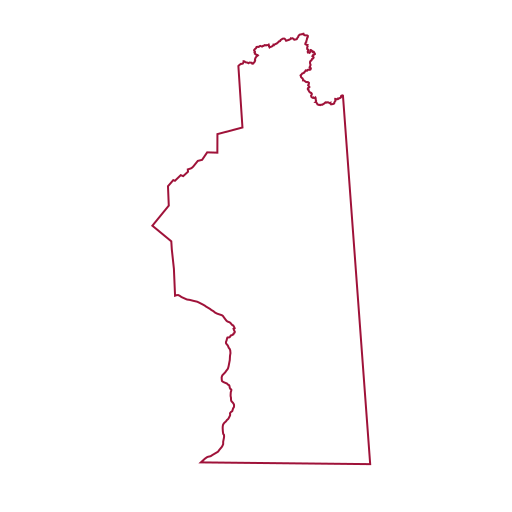 the district of Cushamen, Chubut, Argentina, rotated 85°
{"feature_id": "61730980B86195124517763", "entity_name": "Cushamen", "entity_type": "district", "adm_level": 2, "iso_a3": "ARG", "parent_name": "Argentina", "parent_adm1": "Chubut", "projection": "orthographic", "projection_center": [-71.733, -42.473], "detail": "fine", "context": "isolated", "style": "outline", "palette": "rose", "viewbox_px": 512, "rotation_deg": 85, "n_neighbors": 0, "source": "geoboundaries", "source_scale": "gbopen_adm2", "svg_char_len": 5877}
<svg xmlns="http://www.w3.org/2000/svg" viewBox="0 0 512 512"><g transform="rotate(85 256 256)"><path d="M103.8,155.4L103.5,156.0L103.8,157.0L104.2,157.4L104.3,157.4L104.8,157.1L105.6,157.8L105.8,158.1L105.8,158.6L106.2,159.3L106.2,160.4L106.7,160.4L106.9,160.7L106.9,162.1L106.5,162.7L106.4,163.3L106.6,163.3L106.7,163.0L106.9,163.4L107.2,163.4L108.3,163.3L109.0,164.0L110.1,164.7L110.8,164.8L111.1,165.3L111.4,166.4L111.3,167.3L111.5,167.8L111.5,168.0L110.7,168.5L110.5,168.8L109.9,168.6L110.1,169.3L109.9,169.7L109.2,170.7L109.1,171.2L109.2,171.7L109.4,172.1L108.9,172.9L109.0,173.4L109.4,173.6L109.5,174.1L110.1,174.8L110.2,175.1L110.7,175.9L110.7,176.4L111.1,176.8L111.1,177.2L111.0,177.6L110.9,178.0L111.3,178.7L111.2,179.3L110.9,179.7L111.0,180.2L110.7,180.6L110.4,181.5L109.0,182.1L108.3,182.5L108.0,182.7L107.9,183.1L107.7,182.8L107.4,182.7L106.8,182.9L106.3,182.6L105.5,182.9L103.9,182.8L103.3,183.0L103.6,183.4L103.5,183.8L103.7,184.4L103.6,184.7L103.2,184.9L103.4,185.2L103.4,185.7L102.9,186.3L102.7,186.7L102.6,186.8L101.2,187.2L100.2,186.5L99.7,186.3L99.1,186.3L98.3,186.8L98.2,187.5L97.5,188.0L97.0,188.6L96.1,189.0L95.0,189.2L94.8,189.7L94.2,189.9L93.7,189.8L93.1,189.4L93.0,188.8L92.5,188.1L92.0,188.1L90.5,189.2L89.9,188.9L89.6,188.5L89.0,188.5L88.6,188.2L88.0,188.2L87.8,188.6L87.3,189.0L87.1,190.0L87.2,190.3L87.1,190.9L85.1,193.2L85.1,193.8L84.7,193.7L83.5,194.0L83.1,194.2L82.9,194.5L82.0,195.3L81.5,195.6L80.6,195.6L80.0,195.9L79.7,195.7L79.6,195.3L78.2,194.0L78.0,193.1L77.7,192.6L77.6,192.0L76.8,191.6L76.5,191.0L76.3,190.8L75.6,190.5L75.4,190.3L75.5,190.0L75.9,189.1L75.8,188.8L75.1,188.4L75.0,188.0L75.0,187.2L75.2,186.7L75.1,185.7L74.9,185.4L73.8,185.0L73.4,185.7L73.0,186.2L72.7,186.2L72.5,185.9L72.3,185.7L71.8,185.7L70.5,185.0L70.1,185.0L69.4,185.3L68.8,185.3L68.3,185.4L67.5,185.2L67.2,185.2L66.2,184.5L66.2,184.0L65.7,183.5L64.5,182.9L64.3,182.1L63.7,181.5L63.4,181.3L62.8,181.4L62.5,181.6L61.9,182.4L61.1,182.0L60.7,181.5L60.6,180.7L60.4,180.5L60.0,179.7L59.5,179.7L58.7,180.2L57.8,180.5L57.7,180.6L58.2,181.0L58.2,181.3L57.7,181.9L57.5,182.1L56.7,182.1L56.2,182.7L55.8,183.0L55.6,183.6L58.0,184.6L58.3,185.0L57.8,185.8L57.8,186.6L57.0,186.7L56.4,186.5L55.7,186.0L55.4,185.9L55.0,186.0L54.2,187.0L52.5,186.8L51.7,186.3L51.3,186.4L50.5,186.8L50.2,186.5L49.8,187.6L49.3,188.4L48.9,188.4L48.1,188.1L47.4,187.6L47.1,187.2L46.5,187.2L44.6,186.4L43.4,186.2L43.1,185.7L42.5,185.4L41.4,185.1L41.1,185.3L40.7,185.9L40.7,186.3L40.6,186.6L40.6,187.0L40.5,187.3L40.5,187.5L40.4,188.1L40.1,188.7L39.7,189.0L38.7,189.3L38.7,189.7L39.1,190.3L39.1,190.7L39.0,191.2L39.2,191.9L39.2,192.6L39.3,193.2L40.1,194.2L40.6,194.6L41.5,194.9L41.9,195.4L42.8,196.1L43.2,196.2L43.6,196.7L43.8,197.9L43.6,198.8L43.8,199.1L42.6,200.1L42.5,200.4L42.2,200.9L42.5,201.9L42.3,202.2L42.6,202.3L43.4,203.8L43.3,204.1L43.7,204.8L43.8,205.8L44.1,206.5L44.2,207.3L43.0,207.8L42.0,208.6L41.9,208.8L41.8,209.7L41.8,209.8L41.8,210.3L42.1,211.0L42.8,212.2L42.9,212.6L44.0,213.3L44.2,214.1L44.2,214.5L44.4,214.8L44.8,215.0L45.3,215.6L45.6,216.2L46.3,217.0L46.4,218.0L47.2,219.4L47.5,219.7L47.1,220.2L47.6,220.4L47.9,220.9L48.4,221.4L48.9,222.8L49.1,223.8L49.4,224.3L48.7,224.5L48.4,224.8L47.5,224.7L46.7,224.9L46.9,225.1L47.0,225.6L46.8,226.8L47.1,227.5L47.0,228.1L46.7,228.5L46.6,228.9L46.9,229.5L47.4,230.1L47.3,230.8L47.9,231.7L47.1,233.4L47.3,234.2L48.0,235.1L47.7,236.4L47.8,237.2L48.1,237.5L48.5,237.5L49.1,238.0L49.8,239.1L50.8,240.0L51.4,239.9L52.0,239.4L52.4,239.2L52.9,239.3L53.2,239.7L53.9,239.3L54.4,239.5L55.4,238.3L55.4,238.1L55.8,237.6L55.9,237.0L56.3,236.6L56.6,237.0L56.8,237.6L57.0,237.7L57.1,238.0L59.0,239.5L59.6,239.6L60.0,239.9L61.1,239.8L61.6,240.2L62.1,240.2L62.9,240.9L63.3,241.5L64.0,241.9L64.1,242.2L64.1,243.0L63.1,243.5L63.0,243.9L62.9,244.6L62.8,245.0L62.7,245.6L63.3,246.7L62.6,247.7L62.1,249.6L61.4,250.2L61.1,250.6L60.9,251.4L61.7,251.5L63.1,252.3L63.3,253.1L63.3,253.6L63.4,254.0L63.3,254.4L63.6,254.7L63.8,255.2L64.5,256.2L65.2,257.0L126.8,258.3L131.2,283.8L149.7,285.5L148.5,295.6L155.5,301.3L156.2,305.7L161.5,310.8L162.5,312.1L163.1,313.3L163.8,316.4L166.1,316.4L170.1,321.6L168.9,323.9L174.0,330.2L173.2,331.8L178.8,337.6L198.2,338.5L216.8,356.6L234.0,339.1L242.0,339.3L261.7,338.9L288.5,340.1L288.1,338.5L288.1,337.7L288.1,337.0L288.9,335.6L290.4,333.8L293.1,329.0L293.4,328.3L293.9,326.0L295.2,322.3L296.4,318.6L297.2,317.2L299.7,313.2L301.0,311.3L302.1,310.1L302.5,309.5L304.8,306.3L305.9,305.2L307.2,303.3L308.9,301.6L310.1,299.6L312.0,295.2L312.7,294.3L315.7,292.5L318.0,291.0L318.8,290.1L319.8,288.0L320.6,287.2L321.9,286.3L322.8,285.6L323.2,284.7L325.5,283.7L326.2,283.6L326.5,284.7L327.9,284.4L329.7,283.7L330.5,284.0L331.3,285.2L332.1,285.3L332.9,287.3L333.0,288.1L333.6,288.5L334.5,289.2L334.8,290.0L334.7,290.7L334.7,291.5L335.3,291.9L337.6,292.7L339.0,293.4L340.2,293.5L341.2,293.0L342.4,292.1L343.5,291.6L345.0,291.2L346.3,290.3L347.8,289.9L350.5,289.9L353.2,290.6L357.4,291.2L363.4,292.9L365.3,293.6L366.3,294.2L367.4,295.3L369.2,296.8L371.8,299.8L372.4,300.2L373.9,300.8L376.6,300.9L377.7,300.7L378.7,299.5L380.0,297.1L380.3,296.3L382.0,294.8L382.3,294.1L383.0,293.8L385.0,293.6L386.1,293.2L386.6,292.5L387.2,292.2L388.0,292.4L389.5,293.0L392.2,293.4L393.3,293.5L394.9,293.3L397.2,293.4L398.0,293.3L398.7,293.0L400.2,291.8L401.3,291.2L402.0,290.9L403.2,290.9L404.4,291.1L405.0,291.4L405.6,292.0L406.3,292.3L408.5,293.2L409.2,294.5L409.8,295.1L410.4,295.6L412.0,295.6L412.7,295.8L415.4,297.5L416.0,298.0L416.9,299.3L418.1,300.3L419.5,302.2L420.7,303.2L421.4,303.6L422.9,304.0L424.5,304.2L427.6,304.3L429.9,304.2L430.7,304.0L431.4,303.5L432.9,303.5L434.4,303.8L438.2,304.9L440.5,305.1L441.9,305.8L443.2,306.7L446.0,309.5L447.2,310.5L447.7,311.0L450.4,316.7L451.2,318.1L451.5,318.8L451.8,321.1L452.0,321.9L452.3,322.6L453.5,324.6L455.4,327.1L456.8,328.9L473.3,160.4L103.8,155.4Z" fill="none" stroke="#9f1239" stroke-width="2"/></g></svg>